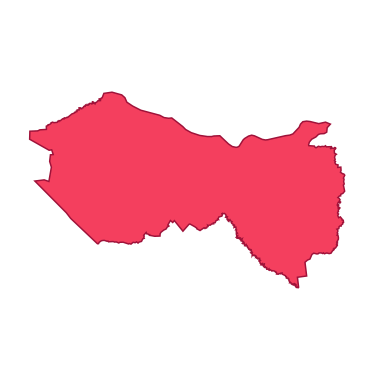 La Paz, Entre Ríos, Argentina, rotated 81°
{"feature_id": "61730980B80741205900311", "entity_name": "La Paz", "entity_type": "district", "adm_level": 2, "iso_a3": "ARG", "parent_name": "Argentina", "parent_adm1": "Entre Ríos", "projection": "natural_earth1", "projection_center": [-59.387, -30.91], "detail": "fine", "context": "isolated", "style": "filled", "palette": "rose", "viewbox_px": 384, "rotation_deg": 81, "n_neighbors": 0, "source": "geoboundaries", "source_scale": "gbopen_adm2", "svg_char_len": 5962}
<svg xmlns="http://www.w3.org/2000/svg" viewBox="0 0 384 384"><g transform="rotate(81 192 192)"><path d="M156.6,345.5L192.8,319.4L199.2,315.9L228.3,293.5L228.4,292.4L227.1,291.5L225.9,288.9L226.0,286.3L227.3,283.7L227.4,282.6L228.1,282.3L228.6,277.6L229.3,276.4L229.5,274.5L230.9,272.3L230.4,271.0L230.8,267.9L233.4,262.8L233.1,262.1L233.9,260.4L232.5,258.0L233.2,256.0L232.6,254.5L234.0,253.3L233.2,252.1L232.9,249.6L230.7,248.1L230.2,246.4L229.1,246.8L228.1,246.1L227.2,246.5L224.8,243.6L226.3,243.2L226.5,242.2L228.0,240.8L227.7,240.4L228.3,240.2L229.9,235.7L230.5,230.5L228.2,230.0L226.9,228.9L225.2,225.9L224.5,223.4L222.8,222.0L222.0,220.1L220.9,221.1L216.8,217.8L219.1,215.8L217.5,213.9L229.3,207.1L223.4,200.0L223.3,199.0L226.8,194.6L228.5,192.9L229.1,193.0L231.3,190.1L229.4,186.1L229.3,185.5L230.1,184.9L229.6,184.1L229.8,183.2L228.8,182.5L228.6,181.6L227.4,181.7L227.8,181.3L227.4,180.4L227.6,179.0L226.7,177.7L226.8,175.6L225.9,175.7L225.9,173.9L224.0,172.7L223.7,171.2L222.9,171.0L223.3,170.1L222.3,170.3L220.9,169.4L220.5,166.3L219.3,165.6L218.1,165.9L217.8,165.2L218.3,164.7L218.2,163.4L219.5,162.2L220.9,162.1L221.7,161.3L221.7,162.1L222.2,161.8L222.4,162.3L222.8,161.4L224.6,161.6L224.8,160.4L225.9,161.0L226.8,160.2L225.3,159.4L225.8,159.4L225.4,158.8L226.5,158.5L227.7,157.1L228.4,158.0L229.4,157.5L231.2,155.5L231.4,156.2L231.8,155.7L232.9,155.9L232.4,155.4L233.6,155.2L233.5,154.2L235.5,154.2L236.2,154.8L236.4,154.0L238.5,154.6L239.1,154.0L239.6,154.4L239.9,153.8L240.5,154.8L242.4,154.5L242.8,155.2L242.6,154.3L243.5,155.2L243.6,154.4L244.6,154.8L245.0,153.6L244.4,153.8L244.2,152.8L244.9,152.6L244.9,151.8L245.5,152.3L246.5,151.8L245.2,151.0L246.1,151.3L246.6,150.9L246.1,149.8L247.9,150.8L247.9,150.1L248.7,150.1L248.8,149.2L250.0,148.5L250.4,148.6L249.9,149.2L250.3,149.7L250.3,149.0L251.1,149.5L251.4,148.3L252.8,148.4L252.4,147.8L253.2,147.1L252.6,146.6L253.3,146.4L253.7,146.9L253.9,145.9L255.5,145.8L255.5,145.4L257.4,144.9L257.3,144.3L258.2,143.9L257.8,143.6L258.1,142.8L258.6,143.2L258.8,142.7L260.5,142.3L260.7,143.1L261.3,142.3L261.6,143.1L262.6,142.2L264.2,142.5L263.6,142.0L264.2,141.5L263.9,140.7L264.6,139.5L264.9,140.0L265.7,138.7L266.5,139.2L266.4,138.5L267.4,138.5L267.6,137.3L268.3,137.4L268.1,135.6L268.6,135.6L268.7,136.1L270.0,135.4L269.8,136.3L270.6,136.7L271.5,135.9L273.1,135.8L273.9,135.1L273.8,134.5L274.7,135.3L274.9,134.6L274.0,133.7L274.8,133.4L274.8,133.0L274.4,133.3L274.0,133.1L274.4,133.1L274.3,131.8L275.6,132.1L276.1,133.2L277.8,132.2L277.4,131.2L278.6,130.7L278.5,130.1L279.9,130.3L280.1,128.9L280.7,128.6L280.0,127.9L281.4,127.5L281.1,126.7L282.6,125.4L282.3,124.5L283.1,122.8L284.1,122.1L283.9,121.7L285.3,121.1L286.2,121.4L286.7,119.6L286.2,118.8L286.6,117.5L286.1,117.2L286.1,115.7L287.1,115.9L289.3,112.8L290.2,112.7L290.4,112.0L291.8,112.2L292.1,110.7L292.6,110.8L293.1,110.0L295.0,110.1L296.0,109.3L296.9,109.8L297.1,108.5L298.1,108.4L299.0,107.5L298.6,106.9L299.3,106.6L298.8,105.9L299.3,105.9L298.9,105.4L299.5,104.6L299.0,104.6L299.6,103.8L300.6,103.9L300.4,105.0L302.6,103.9L302.4,102.9L302.8,103.0L303.2,102.1L302.8,101.6L292.7,101.2L292.9,91.9L279.1,91.4L277.3,88.6L276.7,86.0L272.4,83.3L271.5,81.3L272.7,78.4L272.8,77.2L272.1,76.0L272.4,73.9L273.2,72.5L272.7,71.7L273.7,70.9L273.3,68.4L274.3,66.2L274.2,64.3L272.1,62.4L271.5,61.2L270.7,61.3L270.7,60.5L269.9,60.5L269.8,59.1L267.5,56.9L267.1,57.3L266.3,56.7L266.1,57.3L264.4,56.2L264.1,56.8L261.5,54.8L259.8,54.5L257.8,54.6L257.3,55.5L256.2,54.5L255.1,55.0L253.9,54.2L252.5,54.0L251.4,54.7L251.1,52.7L249.2,52.1L248.7,51.1L249.0,50.1L248.1,49.8L247.0,48.0L245.8,48.0L245.7,47.1L243.5,47.0L243.1,48.1L242.2,48.0L239.8,49.4L240.3,51.2L237.8,51.7L236.7,50.7L235.8,51.5L234.7,51.3L234.3,50.4L232.8,50.4L230.9,48.4L230.4,48.9L230.8,50.1L228.7,49.9L228.6,49.3L227.7,49.2L228.2,50.4L227.6,50.6L225.1,49.2L224.9,48.5L226.0,47.6L225.2,46.8L223.9,47.9L222.9,47.0L221.4,47.6L220.3,48.8L218.9,46.9L219.1,45.8L217.5,45.4L217.0,43.2L215.1,41.1L208.8,41.4L207.9,40.4L205.5,40.6L203.1,39.8L202.0,40.3L199.3,38.5L197.9,39.3L197.6,40.3L195.7,42.3L194.0,41.4L190.7,41.1L190.5,44.2L188.1,43.5L187.1,45.7L185.3,46.3L184.3,45.5L183.3,46.4L182.2,45.5L180.1,45.8L178.0,44.8L177.3,43.5L175.9,45.2L173.1,45.0L171.5,43.2L170.8,43.3L170.4,44.0L171.1,45.6L170.5,46.8L170.9,48.1L170.6,48.3L169.9,47.0L169.0,47.2L168.4,52.3L167.2,52.9L167.8,54.3L167.3,56.3L167.4,58.1L166.6,60.0L167.7,62.6L166.7,63.7L165.8,63.9L164.5,69.4L163.7,69.5L161.1,68.3L158.6,65.5L157.0,61.0L154.9,58.1L154.6,56.1L155.0,52.3L154.0,49.6L149.6,48.4L146.6,44.7L143.9,49.2L144.3,56.1L140.8,64.5L139.9,67.8L139.9,71.5L141.9,74.2L144.9,76.1L150.4,83.2L151.1,86.6L151.0,90.8L152.2,109.1L152.1,111.3L151.0,114.4L146.3,121.5L145.2,124.2L145.6,127.4L147.4,131.7L148.5,133.3L154.1,138.2L154.8,140.0L154.8,141.5L153.4,145.1L150.3,148.4L140.8,155.7L140.1,161.7L140.3,164.0L139.6,168.2L137.3,175.6L133.3,183.4L129.3,188.5L125.9,190.9L115.7,200.4L115.5,203.6L114.1,208.0L111.2,211.8L103.2,229.8L97.9,237.1L93.1,242.3L88.4,243.5L85.1,246.2L80.9,255.4L80.8,263.6L84.9,266.0L85.0,266.9L86.0,267.6L85.5,268.4L85.7,269.3L86.2,269.1L86.3,267.9L87.4,268.1L87.2,270.7L88.5,272.3L88.6,273.2L89.8,274.0L89.0,274.5L89.0,275.4L88.3,275.0L88.1,276.0L87.5,275.7L87.3,276.2L89.3,277.2L88.4,278.8L88.7,279.8L89.3,279.8L89.8,280.5L89.3,281.1L89.9,281.5L89.7,282.9L89.2,283.0L89.9,284.2L90.7,284.2L90.6,285.6L91.8,286.4L91.8,287.5L92.5,287.9L92.1,289.2L91.4,289.2L91.2,290.4L93.2,290.6L93.0,292.6L94.4,293.0L94.0,293.7L95.2,294.5L94.9,295.5L95.8,296.3L96.0,298.2L98.9,303.2L98.6,303.6L99.2,305.3L98.8,306.3L99.2,307.2L99.7,307.1L99.5,308.4L101.0,310.9L100.7,312.1L101.5,312.5L101.0,313.2L102.1,314.3L101.9,317.6L101.2,318.8L101.6,320.4L102.1,320.4L103.0,322.0L103.1,323.7L103.7,323.8L104.2,325.6L107.4,326.0L106.8,332.6L107.5,334.8L106.6,342.6L114.5,344.1L128.4,326.6L128.4,324.0L133.3,323.2L133.1,326.0L139.5,327.8L145.5,327.0L159.2,331.7L156.9,336.1L156.6,345.5Z" fill="#f43f5e" stroke="#9f1239" stroke-width="1.5"/></g></svg>